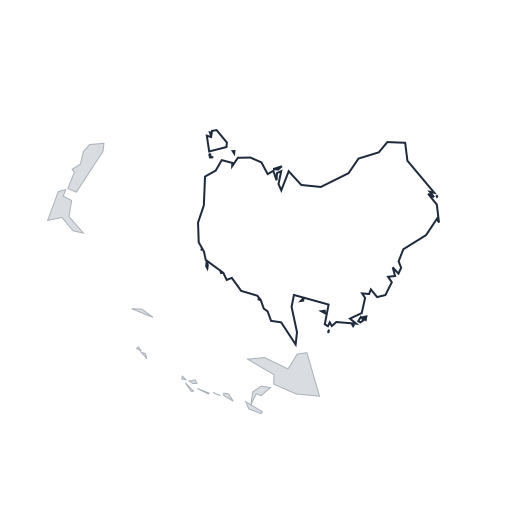 Oceania, with Australia highlighted, rotated 164°
{"feature_id": "AUS", "entity_name": "Australia", "entity_type": "country or territory", "adm_level": 0, "iso_a3": "AUS", "parent_name": "Oceania", "parent_adm1": "", "projection": "robinson", "projection_center": [137.073, -32.4], "detail": "medium", "context": "in_parent", "style": "outline", "palette": "slate", "viewbox_px": 512, "rotation_deg": 164, "n_neighbors": 5, "source": "natural_earth", "source_scale": "50m", "svg_char_len": 3235}
<svg xmlns="http://www.w3.org/2000/svg" viewBox="0 0 512 512"><g transform="rotate(164 256 256)"><path d="M233.6,103.7L255.5,112.4L274.3,127.9L271.4,136.9L292.6,159.2L275.7,156.0L256.4,138.6L243.4,150.4L233.7,149.0L233.6,103.7ZM305.0,111.0L306.1,118.7L292.8,104.6L294.6,103.0L305.0,111.0ZM296.7,126.2L286.9,129.5L278.4,125.5L289.6,120.4L293.7,123.5L301.9,114.4L296.7,126.2ZM317.9,122.7L325.5,131.1L324.7,133.0L320.3,131.0L317.9,122.7Z" fill="#d9dde1" stroke="#a8b0b8" stroke-width="1"/><path d="M392.5,196.1L396.1,200.1L394.1,201.0L392.5,196.1ZM392.8,195.0L389.2,192.6L389.2,187.3L392.8,195.0Z" fill="#d9dde1" stroke="#a8b0b8" stroke-width="1"/><path d="M372.0,225.4L390.0,239.6L380.2,236.3L372.0,225.4Z" fill="#d9dde1" stroke="#a8b0b8" stroke-width="1"/><path d="M361.2,158.2L359.9,160.8L357.6,156.5L361.2,158.2ZM355.4,143.4L359.0,153.6L353.3,143.4L355.4,143.4ZM354.8,154.2L348.7,153.7L347.9,149.8L351.9,150.9L354.8,154.2ZM339.8,136.5L349.2,144.9L338.9,137.2L339.8,136.5ZM332.4,134.4L334.8,136.7L328.7,131.5L332.4,134.4Z" fill="#d9dde1" stroke="#a8b0b8" stroke-width="1"/><path d="M446.5,347.6L428.3,372.4L420.6,372.3L424.8,366.7L417.9,360.1L424.9,345.4L415.7,325.6L424.9,330.7L432.0,346.6L446.5,347.6ZM374.3,398.7L411.1,366.9L418.3,372.8L407.4,386.7L408.9,390.0L399.5,392.7L393.0,404.1L385.2,409.0L371.1,406.2L374.3,398.7Z" fill="#d9dde1" stroke="#a8b0b8" stroke-width="1"/><path d="M242.3,160.0L250.1,185.3L259.4,189.5L260.1,199.6L263.0,203.2L263.6,212.6L265.7,217.5L279.9,226.6L285.3,241.6L290.8,241.1L292.0,248.7L305.4,266.1L304.8,274.6L307.3,284.9L302.5,304.1L292.2,319.0L283.1,346.4L271.2,349.2L262.5,357.6L253.1,352.0L254.1,349.0L246.3,355.4L234.3,352.2L225.0,344.5L222.2,331.5L215.9,333.1L215.4,323.1L213.0,329.9L208.4,330.6L214.5,319.0L213.6,312.1L201.2,328.5L192.9,311.8L174.7,304.5L144.2,310.1L130.6,321.4L109.4,321.8L98.3,329.3L81.4,323.7L84.2,305.9L67.2,267.6L71.2,269.8L68.6,263.5L73.4,268.3L68.0,255.5L70.9,237.7L71.8,241.9L86.8,229.2L112.5,221.9L120.4,211.5L119.7,204.7L123.9,199.8L127.7,207.4L127.8,198.4L134.8,199.6L132.7,193.3L142.4,182.8L150.9,183.1L154.8,192.2L157.8,188.3L164.3,190.8L162.7,185.6L170.1,172.0L182.9,169.9L178.3,163.3L197.0,170.4L202.4,167.8L203.4,171.9L206.2,168.7L208.7,171.4L199.6,189.3L230.3,208.1L235.8,197.3L237.6,171.4L242.3,160.0ZM254.4,368.9L272.2,369.4L270.1,385.2L266.4,382.7L263.8,388.4L259.2,387.9L252.7,373.1L254.4,368.9ZM170.1,164.7L174.0,163.4L175.7,165.1L172.1,168.5L170.1,164.7ZM211.0,333.0L215.5,334.8L206.4,335.1L211.0,333.0ZM205.5,182.0L208.4,184.9L205.0,184.4L205.5,182.0ZM304.9,264.6L304.8,260.7L306.2,257.5L306.7,259.8L304.9,264.6ZM270.0,362.6L273.0,363.4L273.0,364.7L270.0,362.6ZM168.1,164.4L170.0,167.7L166.6,167.5L168.1,164.4ZM249.5,363.2L247.8,362.9L248.7,360.6L249.5,363.2ZM225.4,200.4L223.8,201.4L222.1,202.0L222.9,200.1L225.4,200.4ZM65.7,263.0L65.7,264.8L65.5,263.1L65.7,263.0ZM272.3,366.0L273.4,366.9L271.2,366.1L272.3,366.0ZM293.1,249.2L294.3,249.2L294.3,250.9L293.1,249.2ZM264.1,212.5L265.5,213.5L265.2,214.1L264.1,212.5ZM266.2,386.1L266.3,387.6L265.2,387.1L266.2,386.1ZM306.6,276.1L306.6,278.2L306.6,276.1ZM182.3,163.2L181.4,162.3L182.0,161.8L182.3,163.2ZM207.4,163.4L206.1,165.1L207.7,162.1L207.4,163.4Z" fill="none" stroke="#1e293b" stroke-width="2"/></g></svg>